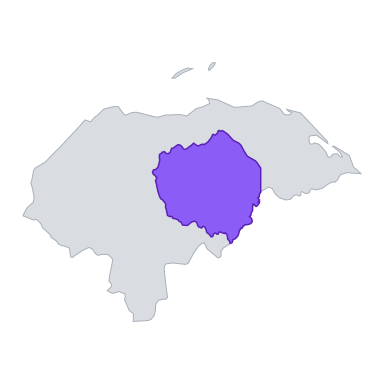 location of Olancho within Honduras
{"feature_id": "HND-642", "entity_name": "Olancho", "entity_type": "Department", "adm_level": 1, "iso_a3": "HND", "parent_name": "Honduras", "parent_adm1": "", "projection": "equal_earth", "projection_center": [-86.074, 14.814], "detail": "fine", "context": "in_parent", "style": "filled", "palette": "violet", "viewbox_px": 384, "rotation_deg": 0, "n_neighbors": 0, "source": "natural_earth", "source_scale": "10m", "svg_char_len": 6421}
<svg xmlns="http://www.w3.org/2000/svg" viewBox="0 0 384 384"><path d="M361.0,173.7L346.9,172.6L340.3,174.9L337.5,179.9L335.0,182.2L332.9,181.7L328.7,183.7L322.4,188.2L316.7,189.9L311.6,188.8L310.1,189.9L309.7,191.4L308.9,192.9L307.0,193.6L304.7,193.2L302.1,191.6L300.8,192.3L300.7,195.3L299.3,196.1L296.7,194.7L293.7,195.7L290.5,199.3L285.9,200.0L280.0,198.0L275.4,194.2L272.2,188.5L268.3,187.1L261.5,191.3L258.7,196.2L258.1,199.2L258.7,201.9L257.5,203.7L254.4,204.6L252.0,207.9L250.3,213.7L250.0,218.1L251.0,221.3L249.4,223.6L245.3,225.1L240.4,230.0L234.8,238.5L229.2,244.4L223.6,247.7L220.9,251.5L221.1,255.5L220.8,256.8L219.7,257.3L217.9,257.9L207.2,249.0L204.1,242.8L201.4,243.7L198.0,246.8L193.3,253.8L188.2,263.3L185.7,264.4L173.0,263.0L166.2,263.8L164.9,265.1L164.2,268.6L164.6,273.2L166.4,290.0L167.5,296.9L166.4,299.0L163.0,299.3L158.6,300.3L156.1,303.5L155.5,306.7L155.3,311.3L153.9,315.9L151.1,319.3L148.4,320.5L133.2,321.4L133.5,313.7L129.1,310.5L126.6,304.1L124.4,299.7L125.2,297.1L125.0,294.0L118.8,291.6L113.0,293.4L109.7,292.2L107.2,290.6L111.4,286.7L111.7,284.4L110.4,282.7L109.0,281.6L109.4,277.3L110.3,272.1L112.7,260.2L111.8,258.1L108.0,254.5L103.1,254.2L97.7,255.3L95.1,253.4L92.8,249.3L89.0,247.4L82.1,250.7L74.9,255.6L72.7,257.4L70.8,257.1L70.0,253.5L69.7,249.1L69.2,248.0L65.4,246.4L60.9,245.3L58.6,244.1L56.5,241.1L51.1,237.3L49.9,234.4L42.7,227.9L41.3,224.7L39.7,222.3L36.2,219.3L33.5,220.0L24.4,216.3L23.0,215.9L24.3,212.7L27.2,207.6L33.5,202.0L34.1,197.4L32.5,188.6L30.8,183.0L31.7,180.4L33.7,170.3L35.3,167.9L44.3,162.7L45.2,162.0L52.3,154.8L60.3,146.8L68.5,138.0L77.8,128.1L82.8,122.4L85.2,119.9L90.5,121.9L94.6,117.2L97.0,115.7L102.7,110.1L104.4,108.9L113.8,106.6L118.4,106.7L122.3,112.3L125.5,115.4L131.4,112.7L136.4,112.2L157.0,117.4L165.1,115.1L180.1,114.6L186.9,115.9L196.4,108.5L202.5,107.0L209.7,103.5L208.8,99.9L207.0,98.3L218.0,99.9L234.3,107.4L251.7,106.0L257.9,102.0L262.0,100.8L279.8,108.6L284.5,114.5L288.2,115.1L291.0,113.8L291.8,112.5L288.3,111.2L286.7,109.4L300.7,113.0L327.2,141.2L327.8,143.5L316.5,135.2L310.5,135.8L308.9,137.2L309.3,141.7L309.8,143.8L312.4,144.1L314.3,142.9L319.0,144.3L322.1,147.4L325.8,152.0L328.1,157.0L330.5,157.1L332.9,154.1L337.4,153.7L340.3,157.1L342.4,156.9L339.4,151.7L332.6,146.4L334.2,146.2L349.4,155.6L353.7,167.4L357.2,170.1L361.0,173.7ZM183.5,72.5L174.8,78.2L172.0,78.1L176.0,73.7L182.5,69.9L187.9,68.0L192.4,68.8L183.5,72.5ZM213.3,66.4L209.1,70.6L208.4,68.7L210.4,64.8L212.9,62.6L215.3,62.8L214.7,64.5L213.3,66.4Z" fill="#d9dde1" stroke="#a8b0b8" stroke-width="1"/><path d="M260.7,192.1L259.9,193.1L259.4,194.2L259.1,196.9L258.9,197.4L258.6,197.5L257.8,197.8L258.1,198.6L259.6,200.0L258.4,201.5L258.1,202.0L259.5,202.0L259.4,202.3L259.1,203.3L257.2,205.8L256.0,206.5L255.1,205.6L254.2,204.4L253.2,204.0L252.8,205.1L252.6,207.1L252.5,210.8L252.3,211.3L251.0,213.0L251.0,213.5L251.1,214.6L251.0,215.1L249.5,216.6L250.4,217.3L251.4,218.5L252.1,220.0L252.2,221.6L251.5,222.9L250.4,223.7L249.0,224.3L247.7,224.6L245.6,224.6L245.1,224.8L243.8,225.6L243.3,225.8L243.0,226.2L242.7,226.7L242.4,227.3L242.2,227.9L242.1,228.1L241.8,228.2L241.2,228.0L240.5,228.8L239.9,229.8L239.3,231.0L238.9,232.9L238.5,234.3L237.9,235.7L237.3,236.7L235.8,238.2L234.9,238.9L233.0,239.6L232.6,240.5L232.5,241.7L232.0,242.7L231.0,243.2L230.1,243.4L229.4,241.0L229.2,240.6L228.7,240.2L228.3,239.9L227.8,239.3L227.6,238.8L227.5,238.0L227.5,237.2L227.2,235.6L226.9,234.7L226.4,234.0L225.5,233.0L225.1,232.8L224.8,232.9L224.7,233.4L224.5,233.5L224.1,233.5L222.1,232.6L219.5,231.9L219.2,231.9L218.9,232.3L218.3,233.9L218.0,234.2L217.7,234.3L217.0,234.2L216.4,233.8L215.7,233.1L215.2,233.0L214.7,233.1L214.5,233.3L214.3,233.6L214.0,233.8L213.5,234.1L213.3,234.3L213.2,234.6L213.1,234.9L213.0,235.7L213.0,236.0L212.8,236.3L212.5,236.6L212.1,236.8L211.4,236.8L211.0,236.7L210.4,236.0L209.3,234.2L207.2,232.9L206.8,232.4L206.5,231.9L206.4,231.2L206.2,230.2L205.9,229.2L205.2,227.8L204.7,227.1L204.1,226.7L203.1,226.4L202.9,226.4L202.6,226.5L202.3,227.0L202.1,227.6L201.9,227.9L201.4,227.9L200.1,227.5L198.5,226.7L198.1,226.2L196.7,222.7L196.2,222.0L195.7,221.6L195.0,221.4L193.6,221.4L193.0,221.5L192.0,221.9L191.2,222.4L190.6,222.9L190.3,223.0L190.0,223.2L189.7,223.5L189.2,224.1L188.0,225.1L187.6,225.3L187.0,225.4L182.9,225.1L182.4,224.9L182.2,224.6L181.9,223.6L181.6,223.1L181.4,222.7L180.3,221.8L179.1,221.3L178.9,221.1L177.8,219.7L174.7,218.6L173.6,218.4L173.2,218.5L172.9,218.4L172.7,218.1L172.4,217.4L171.9,216.5L171.7,216.4L170.9,216.4L170.7,216.5L170.0,216.7L169.7,216.6L167.4,215.4L167.4,214.3L166.7,211.9L166.5,210.9L166.4,209.8L166.2,209.2L165.7,208.1L165.5,207.4L165.5,206.8L165.7,205.6L165.8,204.3L164.7,202.5L162.8,200.2L162.3,199.5L161.3,199.2L160.8,198.7L160.1,197.6L159.4,196.0L157.7,190.6L157.3,187.9L156.9,187.1L156.7,186.3L156.6,184.3L156.3,183.5L156.0,182.8L155.8,182.2L155.5,180.7L156.0,180.1L156.4,178.1L156.9,177.5L156.8,177.4L156.6,177.1L155.8,176.6L155.2,175.7L153.9,174.8L153.4,174.2L152.9,173.3L152.7,172.8L152.5,172.0L153.3,170.2L153.5,170.0L153.8,169.7L154.1,169.7L154.5,169.8L156.1,169.2L157.2,167.9L158.0,167.2L158.3,166.5L158.4,166.0L158.4,165.5L158.5,165.0L158.6,164.5L158.8,163.9L159.2,163.1L159.3,162.6L159.3,162.4L159.3,162.1L159.3,161.9L159.7,160.6L159.3,156.2L159.4,155.6L159.5,154.6L159.7,154.3L160.0,154.1L160.3,154.0L161.1,153.4L161.3,153.3L161.8,152.9L161.9,152.3L164.5,151.6L166.1,153.4L166.6,153.5L167.2,153.6L168.2,153.6L168.6,153.5L168.9,153.3L169.5,152.7L170.0,152.5L170.4,151.5L170.8,150.8L171.4,148.9L171.6,148.5L171.8,148.2L172.1,148.3L172.3,148.4L172.6,148.4L173.0,148.2L177.6,144.9L178.3,144.7L178.9,144.7L180.2,145.2L181.0,145.8L181.7,146.4L182.2,146.9L182.6,147.6L182.9,148.1L183.1,148.5L183.4,148.9L184.0,149.2L185.3,149.2L186.0,149.1L187.4,148.2L190.5,145.8L191.2,145.5L193.6,143.2L196.9,145.5L198.2,145.9L199.4,145.5L200.5,144.8L201.4,144.6L201.8,144.3L202.8,144.2L203.3,144.2L203.8,144.4L204.2,144.6L204.5,144.6L204.8,144.2L207.9,142.0L211.2,137.8L212.5,134.9L212.8,134.5L213.2,134.3L213.5,134.4L213.9,134.6L214.5,135.1L215.1,135.1L216.2,134.3L217.4,133.0L217.8,132.4L218.0,131.8L217.9,131.2L219.1,130.4L219.4,130.4L219.7,130.6L220.1,131.1L220.6,131.3L221.1,131.2L221.6,131.0L222.1,130.6L223.2,131.0L227.6,134.1L233.2,140.3L239.1,143.3L241.0,145.3L243.9,150.8L247.1,155.9L248.0,156.6L255.6,161.0L257.4,163.1L260.7,168.1L260.7,174.6L260.7,192.0L260.7,192.1Z" fill="#8b5cf6" stroke="#5b21b6" stroke-width="1.5"/></svg>